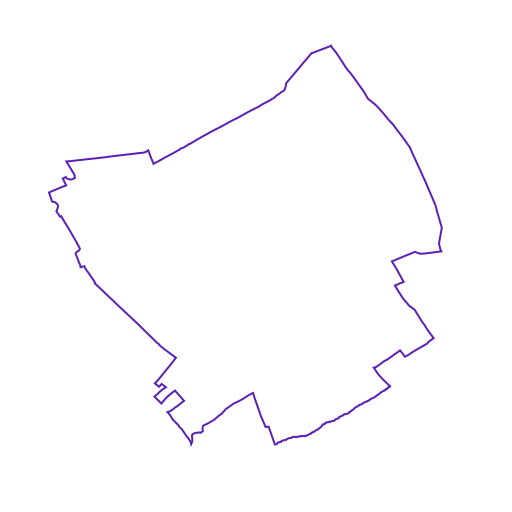 outline of Blagesti, Vaslui, Romania, rotated 257°
{"feature_id": "2599482B88980175976939", "entity_name": "Blagesti", "entity_type": "district", "adm_level": 2, "iso_a3": "ROU", "parent_name": "Romania", "parent_adm1": "Vaslui", "projection": "orthographic", "projection_center": [27.999, 46.142], "detail": "fine", "context": "isolated", "style": "outline", "palette": "violet", "viewbox_px": 512, "rotation_deg": 257, "n_neighbors": 0, "source": "geoboundaries", "source_scale": "gbopen_adm2", "svg_char_len": 5889}
<svg xmlns="http://www.w3.org/2000/svg" viewBox="0 0 512 512"><g transform="rotate(257 256 256)"><path d="M443.9,376.5L443.8,375.7L441.0,355.5L417.5,324.2L415.9,323.7L414.4,323.0L411.1,320.9L410.4,318.8L408.2,313.5L407.7,312.1L406.0,309.2L405.3,306.5L404.4,304.4L404.0,302.4L403.4,300.3L402.6,297.0L401.7,294.4L400.9,292.2L398.9,283.8L397.5,278.7L394.7,269.1L393.8,265.0L393.0,262.0L389.8,250.7L388.6,245.7L387.6,242.0L386.8,238.5L386.3,237.4L386.0,236.0L385.5,234.6L384.9,232.3L384.6,231.2L384.4,230.2L383.4,227.6L383.0,225.5L381.9,222.6L381.1,219.8L380.3,217.8L380.1,215.7L379.1,213.3L378.8,212.2L378.3,210.9L377.9,209.5L377.7,208.1L377.7,206.9L377.4,206.2L376.8,205.4L376.4,204.1L376.3,203.1L376.1,202.3L375.6,201.2L372.7,190.4L370.2,181.9L369.4,178.8L368.8,176.9L376.3,175.7L383.2,174.8L383.1,174.5L382.7,173.7L382.1,171.7L382.1,168.6L382.6,165.3L383.1,159.8L383.9,153.4L384.4,148.2L385.3,140.7L386.2,131.0L387.2,122.3L390.2,96.5L390.8,92.5L385.4,94.3L375.5,97.5L374.9,97.2L372.9,97.1L372.2,95.4L372.1,93.2L372.5,91.8L373.4,90.1L374.3,89.0L375.8,88.4L374.9,85.2L370.7,86.2L369.1,86.5L367.6,87.0L367.3,85.8L366.9,82.4L366.0,77.2L365.5,74.8L365.1,71.9L364.4,68.6L355.5,69.5L354.6,69.8L354.6,70.4L354.0,71.7L353.3,72.7L352.3,73.1L351.8,73.8L350.3,74.3L348.6,74.2L345.8,72.6L344.5,71.6L338.7,73.7L338.3,74.0L338.6,75.2L332.2,77.1L323.5,80.1L309.5,84.3L302.7,86.1L301.4,85.0L301.1,84.5L300.6,83.2L300.0,81.8L299.5,81.1L298.8,80.8L298.1,80.8L295.6,81.3L288.6,82.2L287.6,82.5L286.1,82.7L285.0,82.5L284.5,82.5L284.7,86.4L284.2,86.4L282.9,86.7L280.3,87.6L275.6,89.7L266.6,93.1L266.1,93.2L265.6,92.8L237.8,111.2L216.8,125.3L194.1,139.8L192.6,141.0L189.8,142.6L186.0,145.6L174.9,155.1L174.3,154.4L173.3,153.0L172.4,152.1L169.8,148.8L168.4,147.2L165.8,143.7L157.1,132.6L154.6,128.8L150.4,132.2L152.6,135.2L148.4,138.7L146.9,134.8L145.8,132.5L144.9,130.8L144.1,129.8L143.4,128.6L142.5,126.5L141.9,125.4L133.6,130.6L138.0,136.6L140.9,142.0L143.1,146.8L131.1,153.3L127.5,145.6L127.0,144.4L126.6,143.0L125.6,141.4L124.8,139.3L124.2,138.0L124.0,137.3L123.9,136.2L123.9,134.7L120.2,136.5L115.2,138.2L112.3,140.0L111.7,140.5L110.9,140.7L110.5,141.0L110.0,141.5L109.2,142.1L108.6,142.2L107.9,142.6L106.6,142.9L103.5,145.0L99.3,146.5L96.2,147.8L93.7,149.0L89.7,150.4L87.3,150.5L89.9,152.3L96.0,153.4L96.6,154.4L97.1,156.2L97.4,157.2L96.8,159.6L97.0,160.6L96.8,161.3L96.2,162.0L96.3,162.6L96.7,163.1L97.0,164.4L97.2,164.7L97.9,164.9L100.2,165.1L100.7,165.3L102.4,166.4L102.7,166.9L103.8,171.9L105.6,177.6L106.4,179.5L109.0,184.4L109.6,185.8L109.8,186.9L110.0,187.3L111.2,188.5L111.7,189.6L112.7,190.7L113.3,191.6L114.7,194.9L117.1,200.8L117.5,202.0L117.7,203.2L118.7,207.7L119.4,210.0L120.8,214.3L121.7,216.6L122.6,219.7L123.2,222.4L116.9,222.8L98.8,224.8L87.2,226.9L87.0,229.9L68.1,232.0L68.1,233.9L69.1,235.3L69.3,236.0L69.2,236.9L69.5,237.4L69.2,238.5L69.5,238.9L69.9,239.1L70.0,239.5L70.0,240.0L70.2,241.3L70.1,241.9L70.3,242.6L70.3,243.4L70.1,243.9L70.7,245.1L71.1,247.0L70.9,249.3L70.9,250.0L71.5,251.2L71.2,253.1L70.9,253.3L70.6,254.1L70.4,254.5L70.4,254.9L70.3,255.6L70.7,256.6L70.6,257.0L70.4,257.4L70.6,258.4L70.1,259.3L70.3,260.3L69.9,261.6L69.5,262.6L69.5,262.9L69.8,263.8L69.4,264.2L69.4,264.4L69.8,265.3L70.0,266.8L70.5,268.1L70.5,268.6L70.4,268.8L70.4,269.1L71.1,270.0L71.3,270.4L71.2,271.1L71.6,271.5L71.7,271.8L71.6,272.7L71.6,273.0L71.9,273.4L71.9,273.8L72.5,274.5L72.7,275.1L73.0,277.1L73.5,277.7L73.7,278.1L73.8,278.6L73.9,279.1L74.4,279.6L74.5,279.8L74.4,280.1L74.7,280.5L74.8,281.1L75.6,281.7L75.9,282.2L76.2,282.5L76.4,282.9L76.9,283.3L77.0,283.5L76.7,284.5L76.7,285.0L77.6,285.8L77.6,286.2L77.8,286.4L77.7,287.1L78.0,287.7L78.0,287.9L78.0,288.5L77.8,288.9L77.7,289.3L78.2,290.3L78.2,290.5L77.7,291.1L77.6,291.5L77.7,291.9L78.1,292.9L78.0,293.5L78.0,294.0L77.8,294.7L77.8,295.1L77.9,295.3L78.3,295.6L79.0,296.9L79.1,297.3L79.1,298.0L79.2,298.6L79.1,299.6L79.3,299.9L80.0,300.4L80.4,301.1L80.5,301.9L80.7,302.4L80.7,302.8L80.7,303.1L81.1,303.8L81.1,304.0L81.0,304.5L81.1,304.9L81.2,305.2L81.5,305.5L81.7,306.0L82.0,306.3L82.0,306.6L81.6,308.0L81.9,309.2L82.0,311.0L82.2,311.3L83.0,312.0L83.2,312.7L83.5,314.1L84.1,314.9L84.4,316.0L85.0,316.8L86.0,318.5L86.3,319.3L86.7,321.7L86.9,322.2L87.6,323.0L87.8,323.3L87.8,323.9L87.6,324.5L87.6,324.8L88.0,325.6L88.1,326.6L88.5,327.0L88.7,327.5L89.1,329.6L89.4,330.2L89.3,331.2L89.3,331.8L89.7,332.4L89.8,333.4L90.2,333.9L90.4,334.8L90.9,335.9L91.3,337.4L91.4,339.0L91.6,339.5L92.0,339.9L92.3,340.5L92.4,340.9L92.3,341.3L93.2,342.9L93.7,344.5L94.2,345.1L94.2,345.7L94.4,346.0L94.5,346.4L95.1,347.1L95.2,348.0L95.9,349.3L95.9,350.9L96.1,351.2L96.5,351.5L96.6,352.0L96.9,352.4L97.0,353.1L97.2,353.7L97.1,354.0L97.2,354.4L97.5,354.6L97.9,354.7L98.1,354.9L98.1,355.3L98.4,355.9L98.4,356.4L98.5,357.2L98.7,357.4L98.8,357.4L106.4,352.4L108.0,351.5L113.2,348.5L120.7,345.7L120.8,347.9L123.4,354.4L124.6,356.8L124.8,357.7L125.1,358.3L125.1,359.0L125.3,359.7L125.9,361.1L126.2,362.4L127.0,363.9L127.3,364.9L127.7,365.8L128.5,367.4L129.4,369.5L129.7,370.8L130.2,371.8L130.4,372.6L130.9,373.3L131.2,374.4L131.6,375.1L128.6,376.7L124.6,378.2L124.4,378.4L124.6,379.1L125.4,382.4L127.2,387.1L128.6,391.4L131.7,401.6L132.2,403.0L132.6,403.7L133.3,404.3L136.0,410.6L140.5,408.6L146.3,406.2L151.0,404.6L154.7,403.0L167.3,398.7L168.2,398.3L169.5,397.1L171.4,395.7L172.3,394.5L181.1,389.9L188.1,387.3L195.8,384.7L196.0,384.7L196.1,385.0L196.3,387.0L196.9,389.7L197.5,394.0L210.9,390.3L220.2,387.2L222.6,401.3L223.1,404.6L224.3,412.1L223.3,413.3L222.1,415.0L221.1,417.2L220.3,422.4L218.8,437.6L221.4,437.1L227.1,437.1L241.6,443.4L256.2,442.6L256.7,442.5L264.9,442.3L289.2,438.0L327.6,430.2L337.8,426.0L353.9,418.8L358.7,415.9L367.3,411.7L374.1,407.9L377.3,405.8L383.6,400.8L385.0,400.2L392.5,397.8L411.0,390.1L412.2,389.6L415.8,387.6L420.3,385.6L423.6,384.5L436.0,379.9L442.6,376.7L443.4,376.4L443.9,376.5Z" fill="none" stroke="#5b21b6" stroke-width="2"/></g></svg>